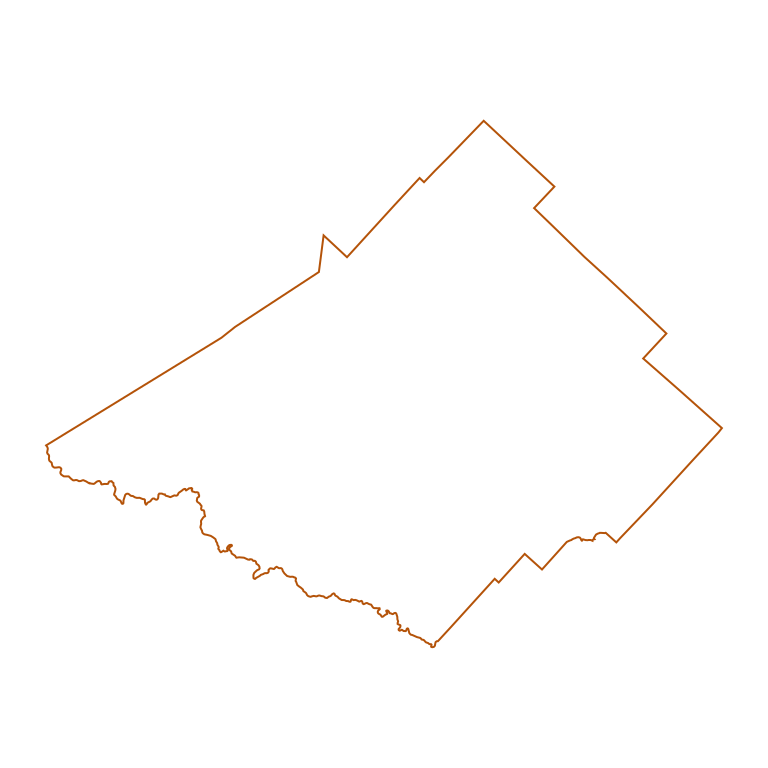 the district of Lobos, Buenos Aires, Argentina
{"feature_id": "61730980B17134937162409", "entity_name": "Lobos", "entity_type": "district", "adm_level": 2, "iso_a3": "ARG", "parent_name": "Argentina", "parent_adm1": "Buenos Aires", "projection": "mercator", "projection_center": [-59.277, -35.199], "detail": "fine", "context": "isolated", "style": "outline", "palette": "amber", "viewbox_px": 768, "rotation_deg": 0, "n_neighbors": 0, "source": "geoboundaries", "source_scale": "gbopen_adm2", "svg_char_len": 6065}
<svg xmlns="http://www.w3.org/2000/svg" viewBox="0 0 768 768"><path d="M607.7,278.1L584.4,256.9L554.5,227.8L534.1,208.1L554.4,186.6L527.2,161.4L483.7,120.8L448.0,157.7L435.0,170.7L424.0,182.2L419.6,178.0L394.5,205.1L347.0,257.2L323.6,235.4L318.9,272.0L235.1,326.9L221.5,337.7L46.1,445.4L47.1,446.7L47.6,447.7L47.8,448.9L47.1,452.5L47.5,453.7L48.4,454.5L49.0,455.4L49.1,456.3L48.9,458.9L49.2,460.3L49.6,461.0L51.1,462.2L51.7,462.9L52.1,465.0L52.6,466.4L54.3,467.6L55.9,467.6L59.1,467.2L60.5,467.7L61.3,468.9L61.2,470.1L60.4,472.1L60.4,473.1L61.1,474.5L63.7,476.3L64.8,476.4L68.7,476.4L71.0,478.7L72.9,480.2L73.9,480.4L75.9,480.0L76.9,480.1L78.9,481.1L79.8,481.1L80.8,481.0L82.5,480.3L83.4,480.2L86.3,481.5L89.0,483.2L89.6,483.4L89.8,483.1L90.6,483.5L92.7,483.8L93.8,483.9L94.8,483.3L96.7,481.7L98.1,481.1L99.3,481.0L99.9,481.3L101.0,482.8L101.1,483.7L101.3,484.1L101.7,484.4L104.7,483.9L107.0,484.0L108.1,483.7L108.8,482.0L109.5,481.4L111.6,481.2L112.4,482.3L113.4,482.9L113.6,485.5L114.9,486.9L115.5,488.9L115.3,490.5L114.1,494.3L114.2,494.9L115.7,496.4L116.9,498.5L117.6,499.2L120.2,500.5L120.7,501.1L121.5,503.0L121.9,503.6L122.2,503.8L122.8,503.8L123.3,503.4L123.4,502.9L123.5,500.3L125.2,495.0L125.9,494.2L127.1,493.7L128.2,493.8L129.1,494.3L130.2,495.3L131.2,495.9L132.8,496.0L134.9,497.3L136.2,497.7L136.9,497.9L139.6,497.8L142.6,499.0L144.4,499.3L144.9,499.9L145.0,502.7L145.8,504.5L146.2,504.6L146.8,504.0L147.3,502.9L150.3,501.3L150.7,500.9L151.6,499.6L152.6,498.7L153.0,498.5L154.1,498.5L155.5,499.5L156.2,499.7L156.9,499.6L157.5,499.2L158.0,498.4L158.2,497.7L158.5,494.6L159.3,493.6L161.9,493.6L163.7,494.4L164.9,494.4L165.2,495.2L165.8,495.7L168.7,496.5L169.5,496.9L170.5,497.1L174.3,495.4L176.2,495.7L177.5,495.2L178.5,493.2L178.9,492.7L181.8,490.7L182.7,489.9L183.5,489.3L184.7,488.9L185.3,489.0L185.8,490.2L186.0,490.4L186.4,490.3L187.0,489.8L188.1,489.1L188.9,488.4L191.4,488.0L191.9,488.3L192.2,488.7L192.2,489.1L191.7,490.0L192.4,491.5L193.3,491.6L195.2,492.3L196.8,492.2L197.8,492.4L198.5,493.1L198.6,494.3L199.1,495.1L199.1,496.4L198.9,496.8L197.7,497.5L197.2,498.1L196.8,500.7L197.3,501.8L199.9,503.7L200.4,504.6L201.4,505.7L201.5,506.1L201.5,506.7L201.1,508.5L201.3,509.5L202.0,510.1L203.7,510.4L204.2,511.4L204.5,514.1L205.1,516.2L204.9,516.4L204.1,516.7L203.2,517.5L201.1,520.6L201.0,521.7L201.2,523.9L200.9,524.9L200.4,527.2L200.9,528.6L202.0,530.7L202.3,532.4L202.8,533.2L204.3,534.3L207.3,534.9L210.8,535.9L213.2,537.4L215.3,539.0L215.6,539.5L216.0,541.2L217.2,543.2L217.4,544.7L218.5,546.5L218.7,547.2L218.3,548.8L219.3,550.0L219.8,551.2L220.7,552.2L221.3,552.1L223.4,550.7L224.4,551.4L225.0,551.5L226.1,551.2L227.2,551.1L227.6,550.7L227.6,550.4L227.0,548.1L227.7,546.7L228.8,545.5L229.7,545.0L230.3,544.9L231.4,544.9L231.9,545.3L231.9,545.8L229.7,547.4L229.1,548.7L229.1,549.6L231.1,551.4L231.7,553.5L235.1,555.8L235.7,556.8L236.4,557.7L239.2,557.3L244.0,557.7L248.1,559.6L249.5,559.7L250.0,559.2L251.6,559.4L252.1,559.6L253.3,560.9L254.7,560.8L255.5,561.3L256.0,562.0L256.4,563.7L258.4,565.1L258.9,565.8L259.4,566.7L259.6,568.5L259.1,569.3L257.0,570.3L254.3,572.8L253.5,574.6L253.4,575.4L253.5,578.0L253.9,578.5L254.8,578.9L255.3,578.8L256.0,578.0L259.9,575.8L260.8,574.9L263.3,574.0L264.4,573.3L265.7,573.1L266.7,573.2L267.9,572.8L268.7,571.7L268.7,570.9L268.5,570.3L268.6,569.8L269.9,568.5L270.7,568.3L273.9,569.0L274.4,568.7L275.5,567.4L276.7,566.8L278.8,568.1L279.4,568.2L280.7,568.1L281.4,568.3L281.9,568.7L282.3,569.3L282.8,571.0L284.4,573.4L287.1,576.0L290.1,576.8L292.6,576.7L293.4,576.9L294.2,577.4L294.8,577.4L296.0,578.4L295.6,580.9L296.2,581.9L297.3,585.0L299.0,586.4L300.9,587.7L302.9,589.5L303.4,591.1L305.7,592.7L306.3,593.4L306.9,594.8L307.4,595.4L308.1,596.0L309.3,596.5L310.7,596.8L312.0,596.3L313.8,595.9L315.8,596.3L316.8,596.3L318.4,595.6L319.6,595.5L321.4,596.1L323.2,596.3L323.9,596.6L325.2,597.7L327.0,598.0L328.9,596.6L330.6,596.0L332.4,594.0L333.7,593.4L334.4,593.7L335.1,595.2L335.4,595.6L337.5,596.7L338.9,598.3L341.7,600.0L344.1,600.1L344.9,600.3L346.2,601.0L348.2,601.1L349.1,601.6L350.0,601.8L350.5,601.6L350.7,601.2L351.1,599.8L351.5,599.3L351.8,599.3L353.6,600.1L355.2,599.9L355.8,600.0L357.1,600.5L359.2,601.6L361.3,600.9L361.8,601.1L362.2,601.6L362.7,603.5L363.5,604.1L363.9,604.1L366.1,603.1L367.0,603.0L369.1,604.1L371.2,604.7L372.5,606.8L373.3,607.7L373.8,608.0L374.9,608.2L376.2,608.1L377.4,608.3L379.5,608.2L379.7,608.8L379.7,609.3L378.2,610.6L377.8,611.5L377.8,612.4L378.0,613.0L378.4,613.5L379.3,614.1L380.4,614.6L381.7,616.6L382.0,616.8L382.8,616.7L385.4,614.7L387.2,613.9L387.3,613.5L387.2,612.9L386.3,611.4L386.3,610.7L386.5,610.6L387.5,610.5L388.0,610.7L388.7,611.3L389.8,613.2L390.9,613.4L392.4,614.1L393.1,614.0L394.3,613.1L395.3,612.9L395.8,613.1L396.2,613.5L396.4,614.0L397.3,616.8L397.4,619.3L398.0,621.0L398.1,621.4L397.7,622.7L397.6,623.9L398.3,624.4L400.0,625.0L400.4,625.4L400.4,625.9L400.4,626.6L400.0,627.5L398.7,629.0L398.6,629.5L398.8,630.2L399.8,630.7L401.7,629.8L402.1,629.9L403.6,631.0L405.7,631.1L406.2,630.6L406.7,629.0L407.2,628.5L407.7,628.4L408.1,628.7L408.3,629.1L409.3,633.0L409.9,633.8L410.9,634.7L412.3,635.0L417.0,637.1L420.1,637.9L421.0,638.6L421.6,639.5L423.5,639.9L424.1,640.3L425.3,641.7L426.1,642.4L428.0,643.0L429.4,644.1L431.1,644.2L431.5,644.6L431.5,645.2L431.1,646.3L431.2,646.8L431.5,647.0L432.2,647.2L433.4,647.0L434.1,646.7L434.9,645.7L435.4,642.9L435.7,642.0L436.9,641.2L437.9,641.2L450.8,627.2L494.7,578.8L498.7,582.5L524.7,553.9L542.0,569.5L566.8,541.9L570.1,540.4L571.5,540.0L572.1,539.4L573.7,538.6L575.1,538.2L576.8,537.4L578.3,537.2L579.7,537.5L580.3,538.1L580.9,539.0L581.2,539.9L581.7,540.6L581.9,540.7L582.2,540.4L582.5,539.6L582.9,539.3L585.7,540.1L587.5,540.2L588.7,540.0L590.6,540.0L592.5,540.8L592.6,539.9L593.4,539.4L594.5,539.2L593.9,538.3L594.0,537.8L596.0,534.6L597.8,533.6L599.4,533.1L599.9,532.8L600.6,532.9L601.7,532.9L604.7,533.1L605.7,532.8L616.3,542.4L620.0,538.3L652.5,504.3L692.3,460.7L718.5,432.4L721.9,428.1L679.0,389.9L643.2,358.5L666.4,333.5L639.1,307.5L607.7,278.1Z" fill="none" stroke="#b45309" stroke-width="2"/></svg>